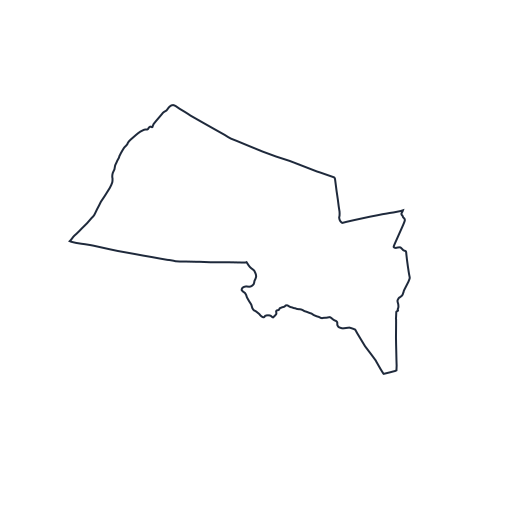 Vinh Hung, Long An, Vietnam (orthographic projection), rotated 327°
{"feature_id": "81297802B51272444346298", "entity_name": "Vinh Hung", "entity_type": "district", "adm_level": 2, "iso_a3": "VNM", "parent_name": "Vietnam", "parent_adm1": "Long An", "projection": "orthographic", "projection_center": [105.784, 10.881], "detail": "fine", "context": "isolated", "style": "outline", "palette": "slate", "viewbox_px": 512, "rotation_deg": 327, "n_neighbors": 0, "source": "geoboundaries", "source_scale": "gbopen_adm2", "svg_char_len": 6023}
<svg xmlns="http://www.w3.org/2000/svg" viewBox="0 0 512 512"><g transform="rotate(327 256 256)"><path d="M404.1,297.7L401.9,297.1L399.4,296.1L395.1,294.4L391.7,292.8L388.3,291.4L385.0,289.9L380.1,288.0L373.0,285.1L368.8,283.5L363.8,281.6L357.2,279.1L350.4,276.6L346.5,275.3L346.3,275.1L346.1,274.6L345.9,274.0L345.7,272.8L345.8,271.5L346.1,270.4L346.7,269.0L348.0,267.7L349.2,266.0L350.2,264.3L352.4,259.4L355.3,253.4L359.2,244.9L362.9,237.2L363.9,235.1L364.3,234.2L364.4,233.8L364.4,233.4L364.4,232.9L364.2,232.4L355.2,220.8L353.2,218.4L344.7,206.6L336.1,194.7L327.0,183.5L318.4,172.0L310.5,160.6L302.6,149.1L298.9,143.9L297.3,140.9L295.7,137.4L289.6,125.8L283.4,113.9L277.5,102.5L276.5,100.1L274.9,96.6L272.1,90.9L270.3,86.5L269.5,85.2L268.7,84.3L267.6,83.8L266.9,83.6L266.1,83.6L264.7,83.7L263.5,84.0L261.1,84.9L260.1,85.2L259.2,85.2L258.2,85.1L257.0,85.1L256.0,85.2L254.2,85.8L250.2,87.0L245.8,88.3L242.1,89.5L240.7,90.4L240.0,90.9L239.7,91.2L239.4,91.4L239.1,91.4L238.7,91.1L238.3,90.4L237.9,90.0L237.6,89.9L237.1,89.9L236.5,89.9L235.9,90.1L235.3,90.3L234.8,90.6L234.5,90.7L234.1,90.7L233.5,90.6L232.7,90.0L231.8,89.5L230.5,89.1L226.8,88.7L224.1,88.8L221.4,89.1L217.9,89.6L214.3,90.1L212.0,90.6L210.7,91.1L209.7,91.6L208.9,92.2L207.9,92.5L206.8,92.8L205.2,93.1L204.0,93.5L201.1,94.9L198.4,96.3L197.3,97.0L196.0,97.7L194.6,98.9L193.3,99.6L191.6,100.5L190.1,101.5L188.1,102.7L187.1,103.4L184.5,106.2L182.9,107.2L181.3,108.2L180.2,109.2L179.5,110.0L178.5,111.4L177.8,113.0L176.5,114.9L175.5,116.0L173.3,117.6L170.4,119.3L161.8,123.3L155.5,126.0L151.8,128.2L148.2,130.2L144.6,132.4L142.7,133.5L141.1,134.1L138.8,134.6L132.2,136.5L124.9,138.0L121.5,138.8L117.5,139.6L114.8,140.0L113.2,140.4L111.3,141.1L109.3,141.8L107.9,142.1L108.7,143.3L109.9,144.6L112.2,147.0L116.2,150.6L118.8,152.8L122.9,156.5L125.2,158.7L131.0,164.6L136.8,170.5L142.7,176.4L149.0,182.3L155.4,188.3L161.6,194.2L168.0,200.1L173.8,205.6L179.6,211.0L181.4,212.4L184.1,214.9L185.7,216.6L189.3,219.3L194.4,222.6L203.0,228.5L205.2,229.9L211.8,234.6L213.9,236.1L223.3,242.2L230.0,246.6L234.0,249.3L238.4,252.3L240.2,253.5L242.4,255.0L243.6,255.7L244.2,255.9L244.7,256.0L244.7,258.2L244.7,259.9L244.9,262.0L245.4,263.9L245.8,264.9L246.2,266.1L246.4,266.8L246.5,267.5L246.4,268.4L246.2,269.8L246.0,270.8L245.7,271.8L245.0,273.2L244.2,274.0L242.9,275.0L241.7,275.7L241.0,276.2L240.0,277.3L238.8,278.3L238.2,278.5L237.2,278.7L236.1,278.8L235.2,278.7L234.5,278.5L233.8,278.2L233.1,277.7L232.3,277.1L231.7,276.5L230.9,276.0L229.8,275.6L228.7,275.3L227.8,275.3L226.8,275.5L226.2,275.9L225.7,276.4L225.5,276.6L225.4,277.0L225.5,277.4L225.6,278.0L225.6,278.4L225.7,278.7L225.9,279.1L226.2,279.9L226.4,280.5L226.6,281.0L226.6,282.2L226.5,283.4L225.9,285.6L225.8,286.8L225.7,288.4L225.6,290.3L225.6,291.9L225.6,293.2L225.5,294.5L225.0,296.1L224.7,297.1L224.5,298.0L224.5,298.7L224.5,299.2L224.6,300.1L224.7,300.5L224.9,300.8L225.3,301.5L225.7,302.1L226.0,303.1L226.2,303.5L226.6,304.8L226.8,305.3L227.0,306.0L227.2,306.7L227.3,308.0L227.6,309.2L227.9,310.0L228.3,310.8L228.8,311.4L229.3,311.6L229.5,311.7L230.1,311.6L230.5,311.4L231.2,311.2L231.5,311.3L232.1,311.5L232.8,311.7L233.7,312.3L234.7,312.9L235.2,313.5L235.7,314.0L235.9,314.5L236.3,315.8L236.5,316.3L236.6,316.5L236.8,316.7L237.0,316.7L237.1,316.8L237.6,316.7L238.4,316.5L239.6,316.3L240.8,315.9L241.2,315.8L241.7,315.4L242.1,314.7L242.6,313.7L242.8,313.3L243.1,313.2L243.3,313.1L243.6,313.0L243.9,313.0L244.2,313.1L244.7,313.3L245.2,313.5L245.7,313.6L246.0,313.5L246.4,313.4L247.0,313.0L247.4,312.8L247.8,312.8L248.2,312.9L248.7,313.0L249.4,313.2L249.9,313.2L250.2,313.3L250.7,313.5L251.2,313.7L252.0,313.9L252.4,313.9L252.8,313.9L253.7,313.7L254.2,313.7L254.6,313.9L255.0,314.2L255.5,314.6L255.8,315.1L256.1,315.8L256.6,316.8L257.2,317.7L258.2,318.7L258.7,319.4L259.2,320.1L259.8,320.7L260.5,321.3L260.9,321.9L261.5,322.7L262.3,323.4L263.0,324.0L263.6,324.4L264.4,325.1L265.1,325.9L265.8,327.0L266.3,328.1L266.9,329.0L267.7,329.9L268.6,331.1L269.5,332.4L270.5,333.7L271.2,334.5L271.4,335.0L271.7,335.6L271.9,336.2L272.2,336.9L273.2,338.4L273.9,339.4L274.6,340.3L275.1,340.8L275.5,341.3L276.0,342.1L276.6,343.2L277.3,343.9L277.7,344.2L278.3,344.4L278.8,344.6L279.4,344.9L280.9,345.8L281.8,346.3L282.9,346.7L283.8,347.1L284.5,347.4L284.9,347.9L285.4,349.0L285.9,350.7L286.4,352.0L287.1,353.2L287.7,354.0L288.0,355.0L288.0,355.7L287.7,356.5L287.1,357.3L286.6,358.3L286.5,359.3L286.5,360.1L286.7,360.8L287.6,362.1L288.8,363.5L289.6,364.1L291.0,364.8L293.5,366.0L295.3,366.9L296.6,368.4L298.1,370.3L299.1,371.8L298.8,376.1L298.5,384.9L298.3,391.1L298.8,397.9L299.1,402.0L299.5,409.1L299.4,409.6L298.9,418.1L298.8,421.5L298.8,424.1L298.9,424.4L305.5,426.7L308.0,427.5L310.0,428.2L311.5,428.4L314.2,424.6L317.1,419.8L321.0,413.5L325.0,407.0L329.0,400.6L337.4,387.9L338.2,386.6L338.8,385.8L339.1,385.0L340.5,383.1L341.5,381.7L342.5,380.3L343.0,379.6L343.2,379.3L343.4,379.2L343.7,379.1L344.4,379.1L344.7,379.2L345.0,379.2L345.4,379.1L345.5,378.9L345.6,378.7L345.6,378.4L345.7,378.2L345.8,377.9L346.0,377.7L346.3,377.5L347.0,377.0L347.7,376.3L348.2,375.5L349.0,374.0L349.3,373.1L349.7,371.8L350.2,370.7L350.5,370.4L351.0,370.0L351.7,369.6L352.7,369.1L353.5,368.9L354.2,369.0L355.3,368.9L356.4,368.8L357.2,368.6L357.6,368.4L358.3,368.0L358.9,367.5L359.5,367.0L360.0,366.7L360.7,366.0L361.5,365.4L363.2,364.4L369.8,360.6L371.9,359.1L372.5,358.6L373.0,358.1L373.4,357.3L374.4,354.8L375.4,352.5L377.9,347.0L380.6,341.3L383.1,336.3L383.8,335.0L384.1,334.3L384.1,334.0L384.2,333.7L384.1,333.3L383.8,332.9L383.3,332.3L382.9,331.7L382.6,331.1L382.5,330.3L382.2,328.9L382.0,328.0L381.7,327.4L381.3,327.0L380.4,326.5L379.1,325.9L377.9,325.5L377.4,325.2L377.0,324.8L376.6,324.2L376.4,323.7L376.4,323.4L376.7,323.0L377.6,322.3L380.3,320.5L388.3,315.3L396.0,310.3L397.9,309.0L399.4,307.9L400.1,307.3L400.6,306.5L400.8,305.8L400.8,305.2L400.5,304.0L400.5,303.3L400.7,302.7L400.8,301.8L400.6,301.0L400.7,300.3L400.9,299.9L401.2,299.5L402.1,299.0L403.3,298.3L404.1,297.7Z" fill="none" stroke="#1e293b" stroke-width="2"/></g></svg>